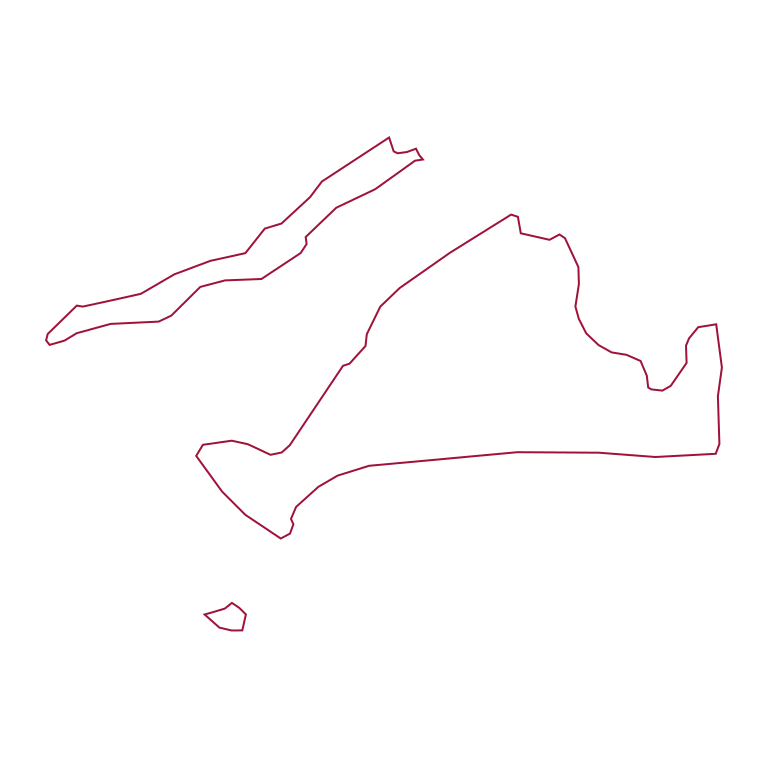 the district of Dukes, Massachusetts, United States of America
{"feature_id": "52423323B80423316533974", "entity_name": "Dukes", "entity_type": "district", "adm_level": 2, "iso_a3": "USA", "parent_name": "United States of America", "parent_adm1": "Massachusetts", "projection": "albers", "projection_center": [-70.705, 41.388], "detail": "fine", "context": "isolated", "style": "outline", "palette": "rose", "viewbox_px": 768, "rotation_deg": 0, "n_neighbors": 0, "source": "geoboundaries", "source_scale": "gbopen_adm2", "svg_char_len": 1358}
<svg xmlns="http://www.w3.org/2000/svg" viewBox="0 0 768 768"><path d="M202.9,444.8L196.2,455.9L222.1,491.6L245.3,514.8L280.7,538.5L290.0,533.6L293.4,524.2L291.0,518.9L296.1,506.9L318.4,486.8L337.6,475.6L369.0,465.8L517.3,452.2L598.8,452.7L655.3,457.0L715.7,453.8L719.4,444.0L717.9,396.2L721.9,367.5L716.2,324.3L698.2,327.2L689.0,338.4L686.0,345.7L686.6,362.9L670.7,385.9L662.4,390.6L651.4,389.4L648.2,387.5L646.8,375.7L640.6,361.0L626.4,354.8L611.6,352.4L598.6,345.1L586.2,333.3L578.8,318.8L575.4,306.5L578.9,284.1L578.4,267.1L565.0,238.2L559.5,234.5L549.5,239.8L520.8,233.3L517.9,216.8L511.1,214.6L449.9,252.8L399.7,288.0L380.3,306.6L366.8,334.2L365.5,346.0L349.5,363.7L343.0,365.8L289.8,445.2L281.7,452.5L270.5,454.8L247.8,444.2L231.7,440.7L202.9,444.8ZM389.1,137.5L321.9,181.5L310.1,197.1L281.5,223.5L264.8,228.6L245.4,253.1L210.2,260.9L174.4,274.3L140.9,293.8L113.1,300.0L82.8,306.6L76.8,305.6L47.7,334.0L46.1,340.3L49.6,344.9L64.5,340.6L76.7,333.2L110.7,323.9L158.7,321.6L171.3,315.6L200.3,286.9L225.0,280.4L261.4,279.0L300.7,253.0L306.6,244.0L305.7,237.0L336.3,207.7L375.2,189.2L415.0,160.7L422.9,159.5L419.2,155.1L416.0,148.7L407.0,152.0L397.7,153.3L393.7,151.4L389.1,137.5ZM212.4,612.3L204.6,614.5L219.4,627.6L231.6,630.5L242.3,630.4L245.9,614.4L239.3,607.9L231.9,602.9L224.8,608.6L212.4,612.3Z" fill="none" stroke="#9f1239" stroke-width="2"/></svg>